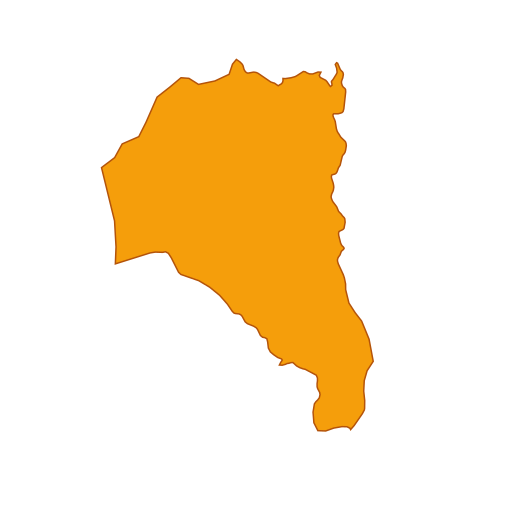 outline of Faranah, rotated 343°
{"feature_id": "GIN-5636", "entity_name": "Faranah", "entity_type": "Prefecture", "adm_level": 1, "iso_a3": "GIN", "parent_name": "Guinea", "parent_adm1": "", "projection": "natural_earth1", "projection_center": [-10.509, 9.855], "detail": "fine", "context": "isolated", "style": "filled", "palette": "amber", "viewbox_px": 512, "rotation_deg": 343, "n_neighbors": 0, "source": "natural_earth", "source_scale": "10m", "svg_char_len": 3159}
<svg xmlns="http://www.w3.org/2000/svg" viewBox="0 0 512 512"><g transform="rotate(343 256 256)"><path d="M252.7,368.2L249.1,368.1L246.5,367.1L248.5,365.0L250.7,363.2L250.3,361.9L247.1,359.4L244.0,355.5L241.7,351.9L240.9,347.7L242.0,341.7L242.2,338.3L240.6,336.7L238.5,335.6L237.0,333.3L236.0,326.7L235.3,324.8L233.2,322.4L228.0,318.2L226.4,315.8L225.1,309.5L224.2,307.7L222.8,306.4L219.5,305.0L218.3,304.2L217.1,301.9L214.6,293.7L209.7,282.9L202.6,272.3L194.1,262.9L178.8,251.7L177.2,248.9L174.5,233.1L173.0,227.8L170.7,225.5L167.8,225.2L160.8,222.8L155.6,222.1L119.2,222.4L124.8,206.4L131.0,181.1L134.1,126.3L149.6,120.6L160.8,109.7L178.8,107.6L189.9,96.0L207.9,75.1L222.7,69.4L236.4,63.6L243.8,66.5L251.2,75.1L267.9,76.6L283.4,74.4L289.6,65.7L294.7,62.3L297.4,65.7L298.7,68.1L299.2,69.8L299.2,71.6L299.1,74.0L299.4,75.6L300.0,77.1L300.7,78.0L301.6,78.7L302.8,78.9L307.3,79.4L308.8,80.0L310.2,80.8L311.5,82.0L321.0,93.9L323.2,95.5L324.2,96.1L327.0,99.7L328.7,99.2L330.6,98.8L332.1,97.8L333.1,96.2L333.7,94.1L335.8,94.9L341.7,95.8L345.7,95.9L347.4,95.6L355.2,93.4L356.9,94.2L358.3,95.8L360.4,97.5L363.5,98.5L369.1,98.2L371.8,99.2L369.3,101.8L369.6,104.0L374.0,108.3L374.8,109.9L376.3,114.7L376.8,115.7L378.6,114.9L379.0,113.2L379.0,111.5L379.7,110.7L381.2,109.8L386.0,105.6L387.3,104.1L388.0,99.9L387.8,96.0L389.6,94.7L390.4,95.5L391.1,102.0L391.4,103.0L391.9,104.1L392.5,105.1L392.8,106.3L392.6,108.0L391.0,111.1L389.8,112.6L388.8,114.1L388.3,115.6L388.3,118.2L388.7,119.7L389.4,120.9L390.0,121.8L390.3,123.0L389.7,125.4L383.0,141.0L381.5,143.3L380.2,144.0L378.8,144.1L376.2,144.0L371.8,142.7L371.0,143.3L370.6,144.5L370.7,146.8L371.0,148.4L371.1,150.6L370.1,157.8L370.1,160.2L370.4,162.0L370.8,163.1L371.8,167.0L372.9,169.1L373.5,170.1L374.6,172.1L375.0,173.2L375.0,174.9L374.6,177.0L372.7,180.9L371.5,182.8L370.3,183.9L368.4,185.1L367.5,186.1L363.0,193.8L360.7,195.7L360.0,196.6L359.4,197.5L358.7,198.4L358.0,199.3L357.2,200.0L356.3,200.5L355.3,200.7L353.1,200.6L352.1,200.7L351.4,201.8L351.0,203.5L351.1,208.9L350.9,211.0L350.5,213.0L349.3,215.5L348.3,216.9L346.6,218.7L345.6,220.4L345.1,221.4L345.0,222.3L345.0,223.8L345.3,226.3L347.2,231.5L347.6,232.8L348.0,237.3L348.5,238.5L349.6,240.5L350.4,242.9L351.5,245.0L351.8,246.3L351.5,247.9L351.1,249.8L348.3,255.2L347.5,255.8L346.4,256.2L343.7,256.6L342.5,256.9L341.6,258.3L341.1,260.6L340.7,268.4L341.0,270.4L341.4,271.6L342.0,272.6L342.4,273.5L342.5,274.4L341.6,275.3L339.3,276.3L338.5,277.1L336.7,279.5L334.7,281.0L333.9,281.7L333.3,282.6L332.7,283.6L332.4,285.2L332.4,287.7L334.0,299.3L334.1,302.8L333.5,308.9L331.9,314.4L331.1,328.2L334.2,339.1L338.0,349.2L339.8,368.6L337.3,391.0L328.7,398.2L323.1,406.8L319.5,416.7L317.7,426.0L315.3,433.5L314.6,434.9L311.6,437.9L300.2,446.9L295.7,449.7L295.5,448.2L293.1,445.9L288.3,444.3L280.1,443.3L271.5,443.7L264.1,441.1L262.6,432.4L264.9,422.0L268.6,414.5L270.6,412.9L272.9,411.7L275.1,410.1L276.7,407.3L277.0,405.1L276.2,401.0L276.2,399.0L277.1,395.9L278.3,393.3L279.1,390.6L278.8,387.6L270.0,378.8L267.9,377.6L265.1,375.5L262.7,373.0L260.2,368.7L258.3,368.2L256.1,368.2L254.0,367.9L252.7,368.2Z" fill="#f59e0b" stroke="#b45309" stroke-width="1.5"/></g></svg>